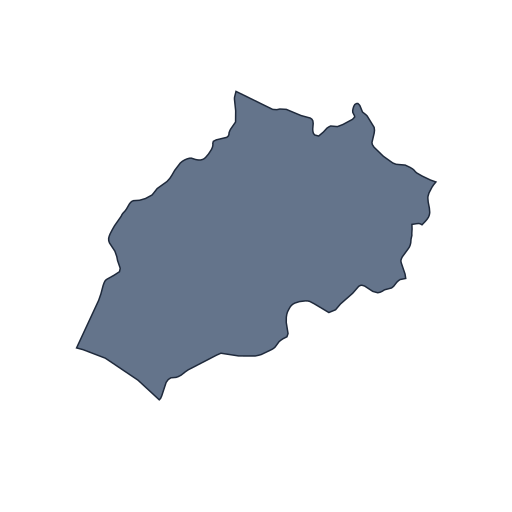 Övörhangay, Albers equal-area conic projection, rotated 38°
{"feature_id": "MNG-3327", "entity_name": "Övörhangay", "entity_type": "Province", "adm_level": 1, "iso_a3": "MNG", "parent_name": "Mongolia", "parent_adm1": "", "projection": "albers", "projection_center": [102.848, 45.744], "detail": "fine", "context": "isolated", "style": "filled", "palette": "slate", "viewbox_px": 512, "rotation_deg": 38, "n_neighbors": 0, "source": "natural_earth", "source_scale": "10m", "svg_char_len": 2759}
<svg xmlns="http://www.w3.org/2000/svg" viewBox="0 0 512 512"><g transform="rotate(38 256 256)"><path d="M352.2,86.9L352.1,90.5L352.3,93.4L353.5,99.8L354.8,103.1L355.6,104.4L358.5,107.5L363.1,111.5L366.0,114.6L366.8,115.9L367.5,117.5L368.0,119.2L368.2,121.7L368.1,124.4L367.6,129.2L365.6,129.5L364.2,130.2L362.5,131.8L359.4,135.1L362.4,138.7L364.8,142.2L366.2,143.9L367.8,147.3L369.8,150.3L370.7,152.3L371.3,154.3L371.5,156.2L371.8,166.6L372.2,168.4L372.8,170.1L373.6,171.1L374.7,172.0L384.6,178.5L387.8,181.5L384.0,185.9L383.5,187.6L383.1,190.0L383.1,195.2L382.5,197.7L378.1,203.5L377.2,206.0L376.2,208.0L374.6,210.0L369.8,212.0L360.1,212.8L358.0,213.6L356.8,214.3L356.0,215.7L355.6,216.7L355.2,224.4L355.1,225.9L352.1,241.8L351.8,249.4L348.2,255.7L331.3,257.8L326.3,258.7L324.4,259.6L322.6,260.9L318.3,265.2L315.5,269.3L314.7,271.3L314.3,273.3L314.3,275.4L314.7,277.9L315.2,280.5L316.1,282.9L317.6,285.6L320.8,289.8L329.0,297.4L330.1,300.6L328.2,304.6L327.5,306.8L326.9,309.2L327.1,316.2L326.7,318.0L326.0,319.9L320.8,330.4L319.1,332.7L316.9,335.3L303.9,345.4L288.2,354.2L286.0,358.3L272.7,387.3L271.6,390.8L270.3,396.1L268.9,399.1L267.7,400.9L263.9,404.4L262.9,407.4L263.0,410.9L267.8,424.2L268.5,427.0L268.3,428.9L239.3,426.5L200.1,429.3L177.3,436.3L171.2,438.9L159.3,387.7L157.1,381.3L153.7,373.4L152.8,370.6L152.4,368.7L152.5,367.1L152.9,365.9L156.0,358.5L158.1,352.4L156.6,349.3L149.7,344.8L146.7,342.2L141.9,339.1L132.5,335.9L130.5,334.6L129.0,332.8L128.1,330.7L127.4,328.3L126.5,323.4L125.9,319.2L125.3,307.7L124.9,305.9L124.8,304.4L125.1,301.0L125.0,298.6L124.2,293.0L124.2,290.9L124.6,289.2L125.4,287.8L129.9,283.8L133.5,278.8L136.5,272.0L136.6,269.4L136.6,263.7L140.0,252.1L140.3,247.8L140.0,244.2L139.2,238.5L139.1,229.3L139.7,226.6L140.7,224.1L141.9,221.9L143.3,220.0L144.8,218.7L148.9,217.2L151.2,216.0L153.2,214.5L154.6,212.6L155.2,211.3L155.6,209.3L155.8,204.9L155.3,199.3L154.6,196.8L153.6,194.9L152.6,193.8L151.8,191.9L153.2,188.9L159.9,180.5L160.3,178.6L159.9,177.0L158.9,175.5L158.3,173.6L157.9,171.8L157.4,163.0L150.6,154.1L142.4,145.6L141.4,144.2L138.9,138.6L178.9,130.2L182.3,127.9L184.3,125.5L189.6,121.8L205.0,117.6L213.8,113.9L215.8,113.8L217.6,114.5L219.5,116.4L222.5,121.0L223.9,122.6L225.7,124.0L227.7,124.5L231.5,122.9L232.8,116.8L233.2,111.5L234.0,109.2L234.8,107.6L240.5,103.9L243.5,98.9L247.9,88.9L248.2,85.7L247.0,84.7L245.4,84.0L243.8,83.2L242.6,81.8L241.7,80.0L240.9,77.9L240.6,75.8L241.3,74.0L242.4,73.1L244.4,73.3L245.4,73.6L251.3,77.0L255.4,77.0L257.3,77.2L269.9,81.9L272.0,84.0L273.5,86.5L277.5,95.2L279.1,96.6L282.0,97.6L295.0,99.0L306.4,98.5L309.9,97.5L317.6,92.5L323.0,91.3L325.6,91.0L327.3,91.0L329.8,91.5L331.5,91.6L337.8,90.7L346.8,88.7L352.2,86.9Z" fill="#64748b" stroke="#1e293b" stroke-width="1.5"/></g></svg>